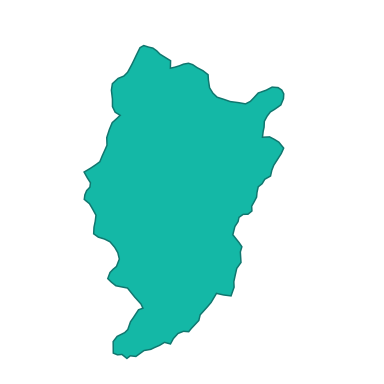 Piranguçu, Minas Gerais, Brazil (Robinson projection), rotated 350°
{"feature_id": "56859067B35969927877310", "entity_name": "Piranguçu", "entity_type": "district", "adm_level": 2, "iso_a3": "BRA", "parent_name": "Brazil", "parent_adm1": "Minas Gerais", "projection": "robinson", "projection_center": [-45.515, -22.558], "detail": "fine", "context": "isolated", "style": "filled", "palette": "teal", "viewbox_px": 384, "rotation_deg": 350, "n_neighbors": 0, "source": "geoboundaries", "source_scale": "gbopen_adm2", "svg_char_len": 2009}
<svg xmlns="http://www.w3.org/2000/svg" viewBox="0 0 384 384"><g transform="rotate(350 192 192)"><path d="M94.0,262.7L97.1,267.0L100.7,271.1L111.8,275.4L117.4,285.6L122.3,293.4L123.5,297.9L118.9,298.7L112.0,306.0L108.9,309.1L104.9,316.3L101.3,318.8L93.2,321.2L88.4,325.6L86.5,337.0L90.3,339.4L94.8,339.8L99.0,344.6L102.8,342.6L108.2,344.2L117.2,339.8L124.1,339.8L128.3,338.6L133.4,337.4L138.8,335.3L144.4,337.9L148.2,333.1L153.6,328.9L159.4,327.7L164.5,329.0L167.6,326.3L176.4,319.7L178.7,314.4L187.3,307.7L191.6,304.1L198.5,296.1L205.3,298.9L212.4,301.1L216.9,293.1L217.6,287.6L220.0,281.7L222.8,275.0L228.0,269.9L229.2,259.4L231.6,254.6L229.7,250.3L224.8,241.2L228.2,233.5L232.2,229.2L233.9,225.1L238.5,222.9L243.3,223.6L247.7,221.1L248.3,216.3L251.6,212.3L254.7,208.3L255.9,203.8L258.1,198.4L262.5,196.0L265.9,192.1L272.1,189.9L274.4,184.4L277.2,179.8L281.9,174.7L286.6,169.6L289.9,164.7L286.2,158.0L282.4,154.6L278.0,151.2L270.9,150.3L272.6,144.7L274.2,140.8L275.5,135.0L279.1,130.4L283.0,126.8L288.0,124.8L294.6,121.7L298.3,115.9L299.4,111.3L298.1,107.2L294.9,104.1L289.1,102.6L282.8,104.6L274.4,106.0L269.2,110.0L265.2,112.9L260.0,114.5L253.1,112.0L245.4,109.6L239.3,106.2L233.2,103.0L229.7,98.2L227.4,92.4L227.6,84.6L228.2,79.3L223.9,74.5L218.6,70.4L214.8,66.7L210.9,64.6L205.8,64.6L201.7,65.5L196.9,66.1L192.2,66.3L193.7,59.0L189.1,54.9L184.3,50.6L181.8,46.9L178.5,43.5L174.5,41.8L169.9,39.4L165.9,40.8L163.4,44.2L160.7,47.9L157.8,52.0L154.8,56.1L152.1,59.5L149.4,62.9L145.0,66.0L139.0,67.3L132.4,71.5L130.3,77.7L129.8,86.6L128.5,94.1L130.2,100.1L134.6,104.0L130.2,106.9L125.5,109.8L121.6,115.9L117.5,123.6L116.4,131.2L113.2,136.0L109.9,140.8L106.5,146.2L101.6,148.6L96.1,151.0L89.2,153.6L91.3,159.7L93.6,165.3L92.3,169.5L88.5,172.3L86.0,176.2L84.6,180.6L89.0,185.7L91.3,191.9L93.4,198.2L91.6,204.1L89.4,209.6L87.9,216.1L91.9,220.2L97.6,223.1L102.6,226.8L106.3,233.1L108.4,238.9L108.8,245.4L104.7,252.2L100.9,254.4L97.3,257.0L94.0,262.7Z" fill="#14b8a6" stroke="#0f766e" stroke-width="1.5"/></g></svg>